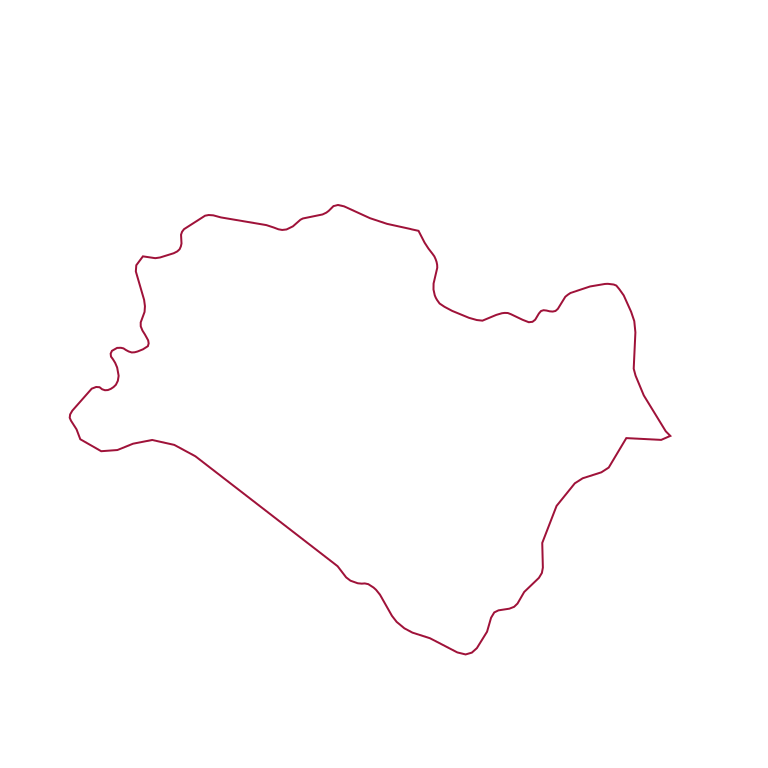 Pordenone, Albers equal-area conic projection, rotated 120°
{"feature_id": "ITA-5456", "entity_name": "Pordenone", "entity_type": "Province", "adm_level": 1, "iso_a3": "ITA", "parent_name": "Italy", "parent_adm1": "", "projection": "albers", "projection_center": [12.662, 46.102], "detail": "fine", "context": "isolated", "style": "outline", "palette": "rose", "viewbox_px": 768, "rotation_deg": 120, "n_neighbors": 0, "source": "natural_earth", "source_scale": "10m", "svg_char_len": 2290}
<svg xmlns="http://www.w3.org/2000/svg" viewBox="0 0 768 768"><g transform="rotate(120 384 384)"><path d="M285.8,110.1L293.8,116.0L309.7,147.1L344.0,147.6L351.8,151.6L366.3,164.8L374.6,169.1L403.3,173.6L442.5,167.5L463.6,154.6L468.7,152.8L474.4,152.9L494.0,158.6L507.4,158.6L511.9,159.9L515.9,163.1L522.8,171.7L526.7,174.3L532.9,174.4L547.0,170.9L566.3,171.5L572.7,173.6L577.4,178.1L579.8,186.3L581.2,217.1L585.1,235.1L585.4,244.2L583.7,254.1L580.8,261.2L568.5,282.1L566.2,288.0L565.5,291.3L565.2,297.5L566.3,300.9L568.0,303.4L569.7,307.1L571.1,314.7L570.4,320.1L565.0,333.1L540.9,511.2L541.6,535.2L548.4,556.8L561.2,571.5L574.5,581.9L583.6,595.3L583.7,619.4L577.0,627.6L572.3,636.7L570.4,639.3L567.3,640.6L562.9,640.6L534.2,634.8L530.5,631.8L529.0,628.7L529.5,625.5L528.9,622.5L527.3,620.1L524.9,618.2L521.9,616.7L518.7,615.8L514.3,616.1L509.6,617.9L503.2,623.3L500.1,627.4L498.1,631.1L496.8,634.1L494.4,635.9L491.3,636.2L486.2,633.2L484.2,630.0L483.4,627.4L483.6,624.6L483.5,621.4L482.8,618.2L481.2,615.8L479.1,613.7L474.5,610.1L469.3,607.4L466.5,608.1L464.1,610.1L460.6,615.9L458.5,619.9L455.7,623.5L452.3,625.5L441.3,627.4L436.2,629.9L431.1,633.8L410.6,655.2L405.0,657.9L394.0,656.6L389.4,645.0L386.4,641.2L375.9,631.5L372.5,629.3L369.5,628.4L366.5,628.7L363.6,629.6L356.2,634.4L353.1,635.0L349.9,634.6L327.7,623.1L325.3,620.3L323.3,616.2L321.3,608.6L305.2,565.3L303.6,557.7L302.8,552.8L301.5,549.2L298.9,545.7L293.0,541.7L283.5,538.5L281.2,537.0L267.9,522.0L264.4,519.6L261.8,518.5L255.2,516.7L252.0,513.4L250.1,507.4L247.4,479.0L243.8,461.5L236.5,438.5L236.3,437.6L234.1,430.7L241.3,419.5L244.5,413.2L247.0,407.1L248.3,404.2L250.1,401.7L252.0,399.5L254.3,397.5L256.7,396.0L272.2,391.3L277.4,388.4L281.8,384.4L283.4,382.3L284.7,380.1L286.5,376.1L286.9,370.2L286.6,361.5L284.2,343.5L282.2,335.6L279.9,330.4L268.0,321.3L263.7,317.2L262.0,314.9L260.6,312.2L260.1,309.0L259.1,296.1L258.1,289.5L255.9,286.5L252.7,285.2L245.5,285.1L242.3,284.5L240.3,282.7L239.1,279.9L238.2,276.8L236.9,274.1L235.0,272.0L232.0,271.0L217.8,270.6L214.7,269.4L211.9,268.0L196.5,254.3L186.9,242.7L185.3,240.2L183.0,234.8L182.6,232.0L184.2,227.7L187.4,220.7L197.9,206.1L204.4,198.7L213.6,192.1L245.9,175.4L251.0,170.3L264.0,153.3L284.1,116.3L285.8,110.1Z" fill="none" stroke="#9f1239" stroke-width="2"/></g></svg>